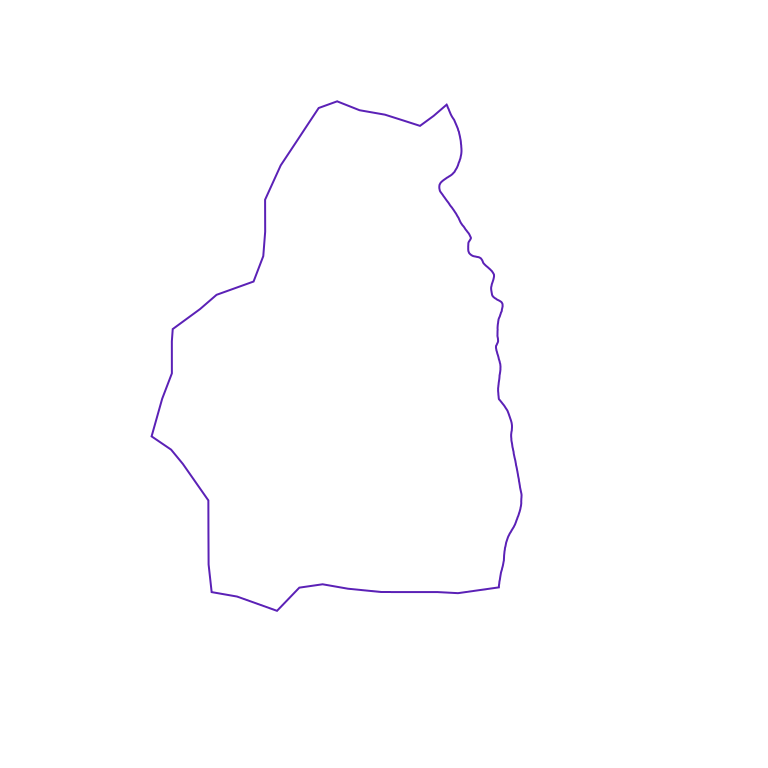 the district of Uiju, P'yŏngan-bukto, North Korea, rotated 123°
{"feature_id": "82179303B2030756807209", "entity_name": "Uiju", "entity_type": "district", "adm_level": 2, "iso_a3": "PRK", "parent_name": "North Korea", "parent_adm1": "P'yŏngan-bukto", "projection": "orthographic", "projection_center": [124.548, 40.203], "detail": "fine", "context": "isolated", "style": "outline", "palette": "violet", "viewbox_px": 768, "rotation_deg": 123, "n_neighbors": 0, "source": "geoboundaries", "source_scale": "gbopen_adm2", "svg_char_len": 5842}
<svg xmlns="http://www.w3.org/2000/svg" viewBox="0 0 768 768"><g transform="rotate(123 384 384)"><path d="M652.4,415.2L642.3,391.5L632.5,350.2L600.9,344.1L585.4,326.4L575.3,302.7L560.0,273.1L544.7,249.4L529.3,225.7L519.1,208.0L492.0,176.9L491.5,177.2L489.9,178.1L488.5,178.7L487.0,179.5L484.7,180.4L483.0,181.2L481.4,181.9L480.0,182.5L478.4,183.2L476.7,183.7L475.3,184.1L474.1,184.6L472.7,185.0L471.3,185.5L469.6,186.2L468.2,186.8L466.6,187.4L465.3,188.2L464.2,188.8L462.9,189.6L461.6,190.3L460.2,191.0L458.9,191.7L457.2,192.4L455.7,193.2L453.8,193.8L452.1,194.5L450.4,195.2L448.8,195.6L447.3,196.0L446.1,196.3L444.9,196.6L443.6,196.8L442.2,196.9L441.1,197.1L439.9,197.1L438.5,197.1L437.1,197.3L436.5,197.2L435.3,197.3L433.4,197.3L431.9,197.5L430.5,197.6L429.2,197.9L427.7,198.2L426.3,198.6L424.6,198.9L423.2,199.3L421.4,199.6L419.9,200.0L418.6,200.4L417.3,200.7L415.8,201.2L414.5,201.6L413.4,202.1L412.0,202.6L410.9,203.1L410.1,203.5L409.1,204.0L408.0,204.8L406.8,205.5L405.5,206.3L404.3,206.9L403.7,207.3L402.9,207.7L401.9,208.4L401.1,209.1L400.3,209.9L399.3,210.9L398.4,211.8L397.5,212.7L396.5,213.7L395.4,214.6L394.1,215.8L393.0,216.8L391.8,218.0L390.5,219.0L389.3,220.2L388.3,221.2L387.4,222.0L386.6,222.7L385.8,223.5L384.8,224.4L383.8,225.4L382.8,226.3L381.9,227.2L381.0,228.1L380.1,229.1L379.0,230.0L378.2,230.8L377.2,231.7L376.0,232.9L374.8,234.2L373.9,235.1L372.8,236.2L371.7,237.3L370.8,238.0L370.1,238.6L369.1,239.7L368.0,240.7L367.1,241.7L366.1,242.6L364.8,243.7L363.7,244.7L362.7,245.7L361.7,246.6L360.5,247.4L359.4,248.3L358.3,249.1L357.2,249.8L356.0,250.4L354.8,251.0L353.4,251.5L352.2,252.2L350.9,252.9L349.2,254.0L348.0,255.0L347.0,255.9L346.0,257.0L345.0,258.2L344.0,259.5L343.2,260.5L342.2,261.8L341.4,262.8L340.6,263.9L339.8,265.0L339.1,266.0L338.5,267.3L338.0,268.5L337.5,269.6L336.9,270.9L336.4,272.2L335.9,273.8L335.4,275.2L335.0,276.5L334.5,277.9L334.2,279.2L333.9,279.6L333.3,280.1L332.7,280.6L331.9,281.2L331.2,281.8L330.6,282.3L329.6,283.0L328.6,283.8L327.6,284.6L326.6,285.2L325.4,286.0L324.1,286.6L323.0,287.2L321.9,287.7L320.8,288.3L319.5,288.9L318.4,289.4L317.3,289.9L316.1,290.5L314.8,291.2L313.8,291.8L312.5,292.3L311.4,292.8L310.3,293.3L309.3,293.8L308.3,294.3L307.3,295.0L306.2,295.6L305.3,296.3L304.4,297.0L303.7,297.6L303.1,298.4L302.4,299.0L301.8,299.7L301.2,300.4L300.7,301.1L300.0,301.8L299.2,302.6L298.4,303.5L297.7,304.3L296.8,305.5L296.0,306.3L295.2,307.2L294.7,307.9L294.0,308.5L293.2,309.3L292.5,309.9L291.7,310.4L290.9,310.8L290.0,310.8L289.0,311.0L288.2,311.1L287.3,311.2L286.6,311.4L285.8,311.7L285.2,312.2L284.5,312.7L283.7,313.3L283.0,314.0L282.4,314.6L281.7,315.2L281.1,315.5L280.2,316.1L278.9,316.9L277.8,317.6L276.5,318.3L275.3,319.2L273.9,320.0L272.8,320.6L271.6,321.2L270.4,321.7L269.3,322.3L268.3,322.7L267.5,323.1L266.7,323.3L265.8,323.5L264.9,323.6L263.8,323.8L262.9,324.1L262.0,324.3L261.2,324.5L260.4,324.8L259.9,324.8L259.1,324.9L258.4,325.1L257.8,325.5L257.0,325.8L256.1,326.1L255.1,326.5L254.3,326.8L253.7,327.2L253.2,327.6L252.7,327.9L252.2,328.4L251.8,329.1L251.5,329.7L251.3,330.4L251.3,331.1L251.3,332.2L251.4,333.5L251.6,334.8L251.6,335.8L251.5,336.8L251.6,337.8L251.5,338.7L251.4,339.7L251.1,340.5L250.9,341.2L250.5,341.7L250.0,342.3L249.4,342.8L248.8,343.4L248.0,344.1L247.4,344.7L246.8,345.2L246.1,345.8L245.2,346.4L244.3,346.9L243.3,347.2L242.4,347.6L241.3,348.0L239.6,348.4L238.5,348.7L237.7,348.9L237.0,349.1L236.4,349.3L235.6,349.6L234.8,349.9L234.1,350.2L233.5,350.5L233.0,350.9L232.5,351.2L232.2,351.6L231.8,352.3L231.5,352.9L231.2,353.5L230.9,354.3L230.5,355.2L230.4,356.1L230.1,357.1L229.9,358.5L229.7,359.7L229.5,361.0L229.4,362.1L229.2,363.4L229.0,364.3L228.9,364.9L228.7,365.6L228.5,366.3L228.2,367.0L227.7,367.6L227.3,368.2L226.8,368.9L226.5,369.6L226.2,370.3L225.9,371.0L225.9,371.8L225.9,372.1L225.9,372.6L226.0,373.3L226.3,374.1L226.3,374.3L226.7,375.1L227.0,375.9L227.2,376.5L227.5,377.2L227.9,378.2L228.2,379.2L228.3,380.2L228.3,381.3L228.2,382.2L228.0,383.2L227.8,383.9L227.3,384.6L226.9,385.2L226.4,385.8L225.7,386.3L225.1,386.8L224.3,387.3L223.5,387.8L222.8,388.3L221.9,388.8L221.2,389.2L220.4,389.7L219.6,390.1L218.7,390.3L217.4,390.3L216.9,390.3L216.0,390.3L214.9,390.4L214.2,390.6L213.8,391.1L213.3,391.9L212.7,392.9L212.0,394.0L211.4,395.4L211.0,396.7L210.4,398.3L209.9,399.9L209.1,401.6L208.5,403.1L208.1,404.7L207.7,405.6L207.1,407.1L206.4,408.4L205.5,409.8L204.8,410.9L204.0,412.1L203.4,413.5L202.5,415.2L201.8,416.5L201.3,417.8L200.7,419.1L200.1,420.5L199.6,421.8L199.0,423.2L198.6,424.6L198.1,426.0L197.4,427.5L196.8,428.9L196.4,430.1L195.9,431.5L195.5,432.5L195.0,433.8L194.5,435.0L194.1,436.2L193.6,437.3L193.2,438.3L192.8,439.4L192.4,440.5L192.0,441.5L191.5,442.4L190.7,443.2L189.8,444.1L188.7,444.9L187.6,445.5L186.7,445.9L185.8,446.0L184.7,446.1L183.7,446.0L182.1,445.6L180.6,445.1L179.1,444.5L177.9,444.0L176.8,443.6L175.9,443.1L174.7,442.6L173.7,442.1L172.6,441.6L171.5,441.2L170.4,440.9L169.1,440.7L167.9,440.4L166.5,440.5L165.0,440.6L163.3,440.6L162.0,440.8L160.2,441.1L158.5,441.6L157.8,441.8L155.9,442.1L154.7,442.5L153.2,442.8L152.0,443.3L150.5,443.9L149.4,444.3L148.2,444.9L146.9,445.6L145.8,446.3L144.5,447.2L143.1,448.3L141.7,449.3L140.6,450.3L139.1,451.4L137.7,452.6L136.5,453.8L135.4,454.8L134.3,455.9L132.9,457.4L131.6,458.6L130.9,459.8L129.8,460.9L128.7,462.5L127.6,464.1L126.6,465.6L125.4,467.4L124.3,469.0L123.6,470.7L122.9,472.3L122.1,473.8L121.2,475.3L120.3,476.6L119.3,478.1L118.2,479.6L117.4,481.0L116.2,482.5L115.6,483.6L132.1,488.4L147.9,494.4L152.7,512.1L157.6,529.9L167.7,553.6L172.4,576.9L172.4,577.2L188.1,589.1L209.3,589.3L225.2,589.4L256.9,589.7L294.2,584.1L321.0,566.6L342.5,554.9L369.1,549.2L400.4,573.0L421.4,579.1L453.0,591.1L463.7,585.2L490.6,567.7L517.2,562.0L554.5,550.4L555.0,526.8L560.6,509.1L577.3,467.9L604.1,450.4L630.9,432.8L652.4,415.2Z" fill="none" stroke="#5b21b6" stroke-width="2"/></g></svg>